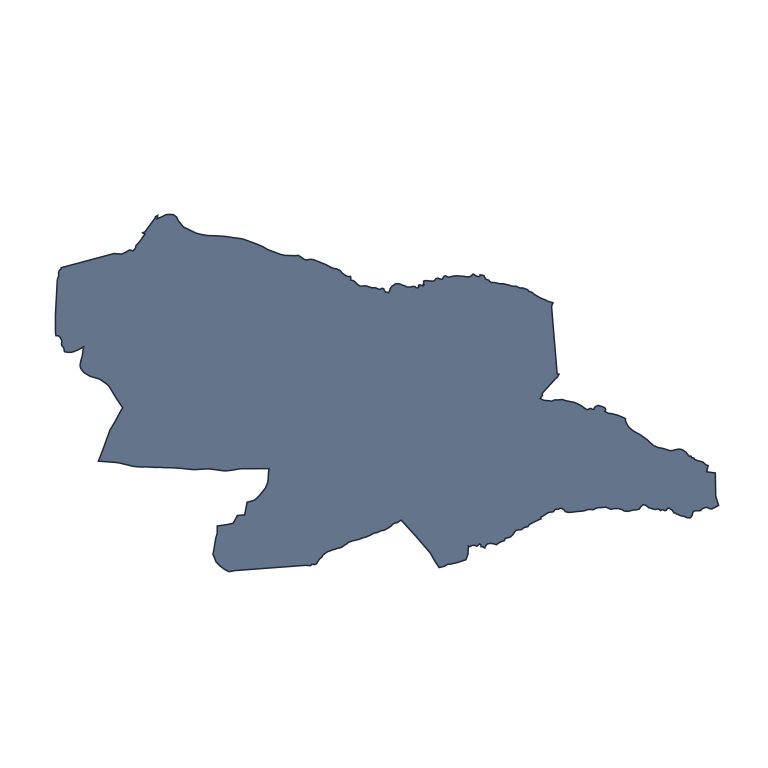 Domingo Arenas, Puebla, Mexico, rotated 175°
{"feature_id": "50627088B24684485641547", "entity_name": "Domingo Arenas", "entity_type": "district", "adm_level": 2, "iso_a3": "MEX", "parent_name": "Mexico", "parent_adm1": "Puebla", "projection": "albers", "projection_center": [-98.448, 19.131], "detail": "fine", "context": "isolated", "style": "filled", "palette": "slate", "viewbox_px": 768, "rotation_deg": 175, "n_neighbors": 0, "source": "geoboundaries", "source_scale": "gbopen_adm2", "svg_char_len": 6138}
<svg xmlns="http://www.w3.org/2000/svg" viewBox="0 0 768 768"><g transform="rotate(175 384 384)"><path d="M695.5,528.0L695.8,526.5L697.5,525.6L698.4,523.6L698.7,520.0L700.4,516.2L705.3,481.5L706.8,464.3L706.6,460.7L704.2,460.4L702.8,459.1L701.5,456.3L701.1,454.7L701.7,452.8L701.8,450.6L700.7,449.1L699.9,447.5L699.6,446.3L699.7,444.8L699.1,443.8L696.1,443.1L692.8,442.8L690.1,443.3L685.4,444.8L680.1,447.2L682.2,438.0L684.1,433.3L685.2,429.0L684.8,426.0L681.9,421.5L676.1,417.3L666.8,413.6L659.3,407.3L657.5,404.4L652.0,393.2L646.4,383.1L648.5,380.3L655.3,369.9L661.0,362.0L670.4,341.8L675.2,332.0L659.1,329.4L654.5,328.4L641.6,324.0L638.1,323.2L633.5,322.5L629.1,322.2L623.2,321.5L619.4,320.8L614.3,320.5L611.0,319.9L602.2,319.0L592.7,317.5L582.2,315.4L578.1,315.1L569.7,314.9L566.1,314.7L562.0,313.9L552.4,311.7L549.1,311.2L544.1,311.3L535.4,312.0L533.3,312.0L506.0,309.7L507.0,304.5L507.7,299.3L508.5,295.9L511.2,290.7L517.7,283.9L520.8,281.2L523.7,279.4L530.7,278.2L534.2,265.8L541.6,265.8L546.3,258.5L551.9,257.7L562.5,257.1L563.2,249.7L565.0,245.3L567.7,234.6L569.2,229.4L566.8,221.4L563.7,217.5L559.1,213.3L554.8,210.5L549.0,211.1L477.9,210.2L472.9,209.4L471.9,210.6L467.9,210.2L466.6,211.2L465.3,213.0L463.6,215.2L461.0,216.9L459.7,219.0L455.0,221.8L452.7,222.3L449.2,223.4L446.9,223.6L445.0,224.4L442.6,224.5L440.4,225.0L437.3,226.9L435.0,228.0L433.2,229.4L430.7,230.0L428.4,230.6L426.3,230.8L421.4,231.6L418.7,232.6L415.4,233.0L410.6,234.7L406.7,236.4L404.2,236.5L399.2,238.2L397.2,238.2L395.2,238.8L393.6,239.7L391.9,240.3L389.1,242.0L387.7,243.4L385.9,244.3L383.0,244.7L378.8,246.9L365.3,229.3L364.3,227.8L352.5,211.4L349.2,203.9L345.1,196.3L342.9,196.6L339.3,197.3L336.2,198.9L332.9,198.8L325.6,199.9L317.7,201.8L315.1,207.3L314.1,215.2L313.1,214.4L310.2,215.5L307.9,215.4L305.6,214.3L304.4,215.1L302.8,216.5L301.4,215.4L301.6,213.5L299.6,213.1L297.9,211.8L297.5,212.9L295.3,215.5L292.3,216.0L289.2,215.4L286.1,214.1L282.5,216.2L277.6,217.5L276.9,219.5L271.5,220.5L268.6,222.8L267.1,224.7L265.2,226.8L262.9,226.9L259.9,226.9L256.8,228.8L253.1,229.3L251.6,231.2L248.5,232.6L243.0,234.8L239.4,235.9L239.4,237.7L236.5,238.9L232.2,241.3L230.2,241.8L226.5,241.9L224.4,244.2L221.0,244.0L219.5,245.0L217.6,244.5L215.1,242.3L214.6,241.1L211.5,240.0L208.3,239.9L202.4,240.1L196.9,240.1L194.6,240.4L192.2,241.1L189.1,241.0L187.2,240.6L186.6,240.7L186.1,240.5L184.2,241.7L181.6,242.1L177.6,241.9L173.8,242.0L169.0,239.4L165.9,239.8L161.5,239.5L157.6,238.0L155.8,236.5L151.9,235.8L147.0,236.7L143.7,236.6L140.6,237.1L138.8,239.5L136.3,241.2L133.7,240.3L130.9,237.5L128.1,236.7L127.7,236.1L126.0,235.9L124.3,235.2L123.3,235.6L121.8,235.8L119.4,233.8L118.5,234.4L117.2,234.4L116.3,234.0L115.3,233.3L113.7,233.6L112.3,235.5L110.9,235.5L108.1,233.5L106.3,230.2L105.1,230.0L103.6,228.8L101.9,228.1L100.3,227.0L96.6,226.0L93.9,224.5L90.8,223.9L89.5,224.9L88.3,226.4L87.8,228.5L87.2,229.5L86.4,230.3L85.3,230.5L79.5,230.3L78.6,231.6L75.8,232.6L73.2,233.1L70.8,231.5L68.4,230.9L61.2,233.8L63.3,243.5L61.7,266.5L70.2,268.4L68.2,274.5L70.2,275.3L73.4,278.7L78.4,280.3L78.7,280.6L81.1,281.6L81.8,283.3L83.9,283.8L84.2,285.3L86.5,285.6L88.9,289.5L91.9,292.1L93.6,293.0L96.0,293.5L100.3,293.1L101.6,292.6L105.0,292.7L108.7,294.3L113.7,296.2L116.3,296.6L117.7,297.6L120.7,299.1L124.6,303.1L126.2,305.1L128.2,306.9L130.7,308.9L132.5,310.6L134.7,312.2L137.2,313.7L140.7,316.4L143.9,319.7L145.3,322.3L146.7,326.5L146.4,328.3L148.1,329.5L154.0,332.6L160.2,334.8L163.2,335.3L166.6,337.6L165.4,339.0L165.9,340.9L167.7,342.0L169.8,343.0L172.4,344.0L175.3,343.1L176.4,342.1L177.1,340.6L178.6,340.6L180.1,341.7L181.7,341.4L182.9,340.8L184.5,341.0L185.7,342.1L187.2,343.1L188.7,344.7L191.2,346.4L195.9,349.1L204.3,351.5L206.2,352.3L207.3,353.0L212.6,353.0L214.6,353.3L216.3,353.1L218.3,352.2L220.4,352.8L226.2,353.8L229.7,355.9L227.1,358.9L227.4,360.2L226.4,361.7L213.0,374.0L210.6,375.7L208.8,378.5L210.6,379.0L210.5,409.0L210.3,446.4L209.3,449.0L208.5,450.1L209.9,450.8L211.2,451.0L212.7,451.9L214.6,452.6L216.2,454.0L217.9,454.6L222.5,457.3L226.9,460.5L228.4,462.3L231.6,463.8L232.8,465.5L235.5,466.8L237.6,467.6L240.1,467.8L241.6,468.5L243.8,469.9L246.2,470.1L248.6,470.5L249.8,471.3L254.1,472.7L256.1,473.5L259.7,473.7L263.2,474.9L264.2,475.3L268.0,475.8L268.9,476.2L270.1,477.4L270.9,478.5L272.2,478.9L273.5,479.8L274.2,481.1L274.7,482.9L276.5,483.9L278.8,484.4L278.9,483.5L279.4,482.9L280.2,482.8L282.3,483.2L282.7,483.7L283.3,484.1L284.7,485.3L285.3,485.7L285.9,485.7L286.7,485.1L287.0,484.6L289.1,483.4L292.7,483.6L294.6,484.2L302.2,485.5L305.1,485.5L309.4,484.9L311.1,484.9L313.1,486.3L313.8,486.3L314.5,486.2L315.7,485.2L316.0,484.6L316.2,483.8L316.9,483.4L318.3,483.4L320.4,484.5L321.2,484.7L323.0,484.5L324.4,483.0L325.2,482.4L326.4,482.3L327.6,482.3L328.2,482.6L329.9,482.7L331.7,483.2L334.3,483.4L335.6,483.0L335.6,481.9L335.7,481.0L336.3,479.9L335.5,479.4L336.1,478.5L337.2,478.5L339.5,479.7L340.5,479.7L341.2,478.6L340.6,477.8L341.4,477.1L342.3,476.7L343.7,477.2L344.5,478.3L345.4,478.6L347.2,478.7L348.5,478.3L352.3,478.5L354.3,479.8L356.1,480.5L359.6,482.3L362.9,482.9L364.6,482.5L365.9,481.5L367.6,480.6L369.7,478.3L369.9,476.9L370.7,475.5L371.4,474.5L372.4,475.1L373.2,475.1L374.6,475.6L375.3,476.7L375.8,477.8L375.9,478.8L376.7,479.2L377.7,479.6L379.5,478.7L380.5,478.7L383.9,480.5L384.8,480.8L387.7,480.9L393.3,483.4L399.1,483.5L400.9,484.8L402.2,486.0L404.3,488.7L405.8,489.8L408.2,490.4L407.7,493.3L408.1,494.1L411.0,494.3L413.5,496.0L416.4,498.5L417.6,500.7L421.3,502.9L424.1,503.5L427.6,505.4L431.6,508.1L442.9,513.8L445.3,514.5L448.2,514.6L450.5,514.3L452.3,514.9L458.0,519.6L461.7,519.6L472.2,520.9L475.8,522.2L482.8,525.5L488.5,528.3L492.2,531.0L497.9,534.2L511.3,540.5L514.6,541.5L520.4,542.7L529.3,544.9L537.9,546.2L546.9,547.3L553.3,549.0L558.1,550.7L570.1,557.9L574.7,564.7L576.1,568.5L579.2,571.1L583.1,571.7L586.5,571.7L590.0,570.2L595.5,568.4L594.8,571.7L597.2,570.5L597.3,569.6L608.8,556.5L611.3,555.6L609.0,554.2L611.4,551.5L614.2,548.0L619.3,543.1L619.4,541.8L620.6,539.9L622.9,538.4L624.9,539.6L626.3,539.5L630.7,537.4L634.1,536.3L641.6,537.5L695.5,528.0Z" fill="#64748b" stroke="#1e293b" stroke-width="1.5"/></g></svg>